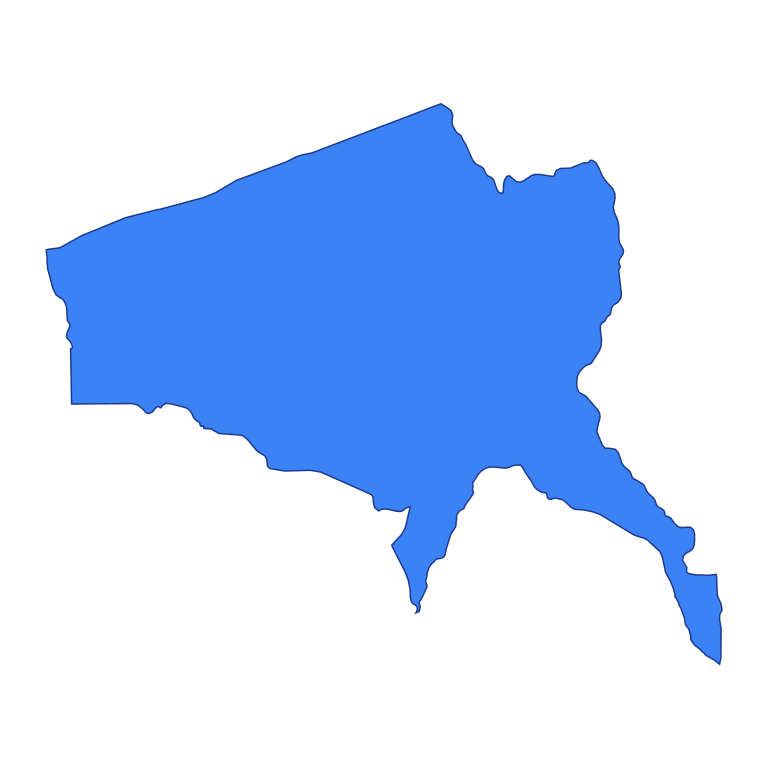 the Province of Tete
{"feature_id": "MOZ-1190", "entity_name": "Tete", "entity_type": "Province", "adm_level": 1, "iso_a3": "MOZ", "parent_name": "Mozambique", "parent_adm1": "", "projection": "robinson", "projection_center": [33.352, -15.869], "detail": "fine", "context": "isolated", "style": "filled", "palette": "blue", "viewbox_px": 768, "rotation_deg": 0, "n_neighbors": 0, "source": "natural_earth", "source_scale": "10m", "svg_char_len": 5914}
<svg xmlns="http://www.w3.org/2000/svg" viewBox="0 0 768 768"><path d="M71.6,404.0L71.4,393.5L71.1,375.4L70.8,361.0L70.6,348.8L72.4,348.0L72.7,347.6L71.2,343.2L70.5,342.0L66.7,337.5L66.4,335.5L67.3,332.1L69.7,326.9L70.0,325.4L69.6,323.9L67.6,320.9L67.2,319.2L66.8,309.4L66.3,306.3L65.3,303.5L63.9,300.8L62.3,298.8L60.4,298.0L56.1,294.9L52.7,287.7L47.7,268.8L47.1,262.3L47.0,255.5L46.1,251.0L46.2,250.0L48.3,249.3L59.9,247.8L69.7,242.3L81.9,235.5L96.0,229.8L107.2,225.2L125.5,217.7L138.6,214.4L157.3,209.6L159.7,209.4L173.4,205.7L190.4,201.1L204.1,197.4L215.5,192.7L227.7,185.5L236.8,180.2L255.7,173.2L273.1,166.8L286.3,161.9L296.3,156.8L301.4,155.1L312.0,152.9L324.3,148.2L338.2,142.9L358.2,135.3L380.4,126.8L403.2,118.2L419.8,111.8L431.3,107.4L440.9,103.8L448.2,108.3L451.2,110.9L452.7,115.2L452.0,122.7L452.6,125.4L455.9,131.5L457.0,132.8L458.9,134.2L460.0,134.7L461.0,135.7L461.4,136.5L463.2,140.5L465.5,144.1L472.2,159.2L474.6,162.8L476.3,164.3L481.9,167.1L483.7,168.8L484.5,170.6L485.2,172.5L486.3,174.4L487.8,175.8L491.4,177.6L492.9,178.9L494.0,180.8L495.9,186.6L496.7,189.0L497.8,191.0L499.4,192.6L501.7,193.4L503.0,192.4L503.4,189.7L503.5,184.4L504.6,180.0L506.6,176.6L509.4,175.7L516.5,181.7L520.2,182.2L524.0,180.6L531.7,175.4L535.3,174.4L539.2,174.4L553.1,176.5L554.1,175.7L555.6,171.9L556.6,170.4L560.8,168.4L570.5,168.1L583.6,162.9L584.6,162.7L586.7,163.0L587.7,162.7L588.7,162.0L589.7,161.1L590.7,160.4L591.8,160.2L595.6,162.4L596.7,164.2L598.4,167.0L602.7,176.8L605.8,181.1L612.7,188.7L614.8,193.4L615.0,198.5L613.2,207.5L614.4,212.6L616.6,217.5L618.1,222.0L618.8,226.7L618.8,237.9L619.1,240.4L619.9,243.4L621.1,245.8L622.5,248.1L623.5,250.4L623.2,252.9L622.3,255.2L619.6,259.3L618.8,261.5L619.1,263.6L619.9,265.5L620.2,267.2L619.0,268.9L618.7,271.4L620.1,283.0L621.4,293.7L620.9,297.7L618.5,301.6L616.7,303.1L615.0,304.1L613.3,305.3L611.8,307.6L611.2,309.4L610.6,313.2L609.7,315.1L607.0,316.9L604.4,321.6L602.0,322.9L600.4,325.5L600.4,330.5L601.5,339.7L601.1,345.7L599.5,350.5L591.4,363.1L589.9,364.1L587.1,365.0L584.9,366.2L582.6,368.2L578.8,372.7L577.4,376.5L576.7,381.8L576.9,387.2L578.4,391.4L580.0,393.0L584.4,395.3L586.3,396.6L597.3,409.4L599.5,412.9L600.1,417.1L597.5,426.9L596.9,432.0L602.4,445.2L604.9,448.1L609.5,448.3L615.3,449.3L618.3,452.6L621.9,463.1L623.3,465.4L625.0,467.2L629.2,470.8L630.1,471.9L630.8,473.3L632.4,477.8L633.2,478.4L634.2,478.9L642.6,483.8L644.3,485.8L646.6,490.9L648.0,492.9L654.1,498.7L655.1,500.7L656.1,504.0L657.4,506.3L659.4,507.6L661.7,508.7L662.9,509.7L663.8,510.4L664.4,511.7L664.8,514.6L665.4,515.7L666.3,516.3L668.3,516.7L669.2,517.1L671.0,518.5L672.1,519.9L674.5,523.5L678.4,526.9L682.1,527.6L686.1,527.2L690.4,527.3L693.4,529.7L694.6,534.4L694.6,539.9L694.2,544.8L692.7,548.9L689.8,551.2L686.4,553.0L683.6,555.6L682.5,560.3L686.8,567.6L686.4,571.5L688.4,573.6L695.3,574.8L708.6,575.3L716.1,574.4L716.6,576.7L717.2,594.2L717.9,597.1L721.0,603.8L721.9,609.3L721.9,610.5L720.2,613.3L719.9,614.4L719.7,615.6L719.6,619.3L719.6,619.9L721.1,628.5L720.9,657.8L719.6,664.2L718.1,663.2L715.1,660.5L706.7,655.8L705.0,654.5L704.0,652.8L702.8,652.2L699.4,648.8L695.3,645.7L693.2,643.2L691.4,640.6L690.8,639.3L690.6,638.3L690.7,635.5L690.5,634.6L688.8,629.2L688.2,628.1L686.1,625.6L685.5,624.4L684.4,617.9L680.6,607.5L679.2,605.4L678.9,604.7L678.5,602.6L676.3,598.7L675.8,597.3L675.1,597.2L674.9,594.1L673.3,588.3L670.8,582.0L665.6,572.2L662.4,557.2L660.5,552.6L659.4,551.1L647.6,540.1L644.5,538.4L634.5,535.2L624.6,529.3L599.8,514.3L592.7,511.8L583.9,509.9L575.1,509.4L572.8,508.4L570.7,506.9L564.0,500.6L563.0,500.0L561.6,499.5L558.7,498.9L557.3,498.3L555.2,498.1L550.5,499.4L548.4,498.8L547.4,497.2L546.9,495.1L546.2,493.3L544.7,492.6L542.4,492.4L540.8,491.8L537.5,489.9L535.0,487.6L531.0,480.5L526.5,474.3L522.7,467.7L520.3,464.6L520.0,465.1L515.1,465.1L513.4,465.5L507.5,467.9L505.3,468.1L492.1,466.9L487.7,467.5L484.1,469.0L480.9,471.4L478.1,474.4L473.7,481.6L472.6,482.5L472.9,486.0L472.9,487.1L472.5,489.3L472.6,490.1L473.3,491.4L473.5,492.2L473.3,493.3L472.6,494.7L465.1,505.3L464.7,506.2L464.4,507.4L464.1,508.2L463.3,508.9L461.8,509.5L461.2,509.8L459.5,511.1L457.3,513.9L456.9,514.7L456.6,515.8L456.5,517.5L456.6,519.6L456.5,520.4L456.0,522.9L456.0,523.7L456.1,524.5L455.8,525.8L455.2,527.4L450.8,534.4L450.4,535.4L446.1,549.4L445.3,552.8L445.2,554.6L444.9,555.2L444.4,556.1L443.3,557.2L442.4,557.8L441.5,558.2L436.9,559.0L436.2,559.3L435.6,559.7L435.1,560.2L434.3,561.4L433.8,561.9L432.7,562.8L431.3,564.2L430.3,565.6L428.7,568.4L427.1,573.1L426.9,576.4L426.6,577.6L426.0,579.1L425.7,580.3L425.8,581.9L426.9,585.5L426.9,586.4L426.6,587.7L421.7,598.4L420.6,600.2L419.3,602.0L419.1,602.9L419.5,604.2L419.9,605.1L420.1,606.3L420.2,607.1L419.3,611.4L415.9,612.9L416.5,611.9L417.3,609.5L417.2,607.1L416.3,605.8L413.4,603.9L412.2,602.9L410.8,599.9L410.3,596.6L410.3,595.1L410.1,589.5L408.3,580.2L404.9,571.4L399.4,560.7L392.0,546.1L391.8,545.1L401.2,534.9L403.3,531.9L405.5,527.1L409.2,511.1L410.2,506.8L408.5,507.0L406.3,508.0L402.4,510.8L400.3,511.5L396.1,511.2L388.0,509.2L383.9,508.9L381.9,509.3L380.0,510.1L378.9,510.9L378.1,510.5L374.6,507.6L373.3,501.6L373.2,498.1L372.5,496.0L371.0,494.4L355.3,487.4L334.4,478.1L320.8,472.1L310.4,470.3L284.3,471.0L270.6,468.6L268.5,467.5L267.4,465.2L266.7,459.4L265.6,456.8L264.0,455.3L258.5,452.1L255.9,449.7L247.9,440.0L244.3,436.7L241.0,435.1L219.0,433.5L213.9,430.7L211.9,429.2L209.3,428.7L206.4,428.7L203.9,428.3L203.6,427.9L203.8,427.2L203.8,426.5L203.2,426.1L202.7,426.1L201.6,426.4L201.2,426.3L200.3,425.3L199.9,423.9L199.3,422.5L198.0,421.5L195.5,419.9L193.8,417.8L191.3,412.7L189.4,410.1L187.2,408.4L184.7,407.4L171.3,403.9L165.5,403.4L162.2,405.6L161.1,407.7L160.1,407.7L159.1,406.8L158.0,406.5L156.0,407.6L153.6,410.6L152.1,412.1L149.1,413.5L146.9,413.2L145.0,411.5L142.8,409.0L137.5,404.9L131.6,403.5L117.4,403.7L95.9,403.8L86.4,403.9L71.6,404.0Z" fill="#3b82f6" stroke="#1e3a8a" stroke-width="1.5"/></svg>